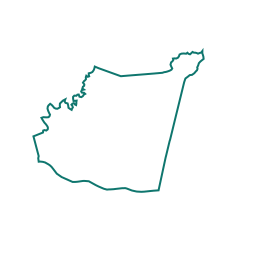 Porto da Folha, Sergipe, Brazil (orthographic projection), rotated 161°
{"feature_id": "56859067B74196291305545", "entity_name": "Porto da Folha", "entity_type": "district", "adm_level": 2, "iso_a3": "BRA", "parent_name": "Brazil", "parent_adm1": "Sergipe", "projection": "orthographic", "projection_center": [-37.424, -9.906], "detail": "fine", "context": "isolated", "style": "outline", "palette": "teal", "viewbox_px": 256, "rotation_deg": 161, "n_neighbors": 0, "source": "geoboundaries", "source_scale": "gbopen_adm2", "svg_char_len": 2429}
<svg xmlns="http://www.w3.org/2000/svg" viewBox="0 0 256 256"><g transform="rotate(161 128 128)"><path d="M193.1,93.6L187.8,92.6L186.3,92.1L182.4,90.4L177.0,84.4L174.8,82.2L170.6,78.4L167.9,76.6L166.6,76.3L164.3,75.6L161.4,74.8L159.9,74.5L153.2,73.0L150.1,72.0L148.9,71.2L144.6,67.6L140.5,65.1L136.1,63.3L133.3,62.5L126.4,60.9L124.3,60.4L119.4,59.1L102.0,87.9L101.0,89.4L96.6,96.3L92.9,102.1L92.1,103.1L84.9,114.3L77.0,126.6L75.7,128.6L60.0,153.0L57.6,156.1L56.1,156.6L54.8,157.0L52.4,157.9L50.2,157.4L47.5,158.2L45.3,159.5L44.0,160.1L43.0,161.3L42.8,162.8L41.2,164.4L39.9,166.2L38.1,167.2L36.3,167.9L34.0,168.7L33.5,170.9L33.4,172.7L33.4,174.5L32.6,176.6L34.2,175.5L35.9,175.6L37.6,175.5L38.6,176.5L40.0,177.4L41.2,177.8L42.2,178.9L43.9,178.1L45.4,177.5L46.7,178.5L47.3,179.8L48.8,179.3L51.0,180.3L53.3,180.9L55.3,180.7L56.5,179.2L57.9,178.2L59.8,178.0L61.4,178.7L62.9,179.0L63.0,177.6L64.3,176.6L65.9,176.0L67.2,174.0L67.1,172.0L66.8,169.9L67.9,169.0L69.3,168.7L70.6,168.6L72.6,168.6L74.1,168.7L75.6,169.0L77.5,169.0L85.9,171.1L94.9,173.4L110.0,177.3L117.9,179.3L126.5,186.2L136.3,194.1L139.4,196.9L140.6,195.0L141.8,193.7L143.5,192.5L145.3,192.3L147.3,192.5L147.8,191.1L147.9,189.5L149.4,189.5L150.4,191.0L151.4,189.7L151.9,187.8L153.2,187.0L154.4,186.6L155.8,185.5L155.1,183.5L155.7,182.2L157.2,181.7L158.3,180.2L157.2,178.7L159.3,178.9L160.4,177.7L160.0,176.4L158.2,175.7L157.4,174.2L159.0,173.9L160.4,172.8L162.1,172.4L163.7,173.4L163.7,175.7L165.0,176.0L166.3,175.3L168.2,176.1L169.8,175.3L170.4,173.5L170.7,171.3L169.0,170.9L167.7,170.6L168.5,169.1L168.9,167.9L169.6,166.6L170.6,167.6L171.1,169.2L172.6,169.1L173.9,168.4L173.4,167.1L173.4,165.5L174.6,164.5L175.4,163.5L176.5,164.8L177.7,166.5L177.2,168.9L177.1,170.9L178.9,172.1L179.3,173.9L178.0,175.5L180.6,175.1L184.4,173.3L185.2,171.4L185.5,169.8L187.0,169.4L188.6,169.2L190.2,170.0L191.3,171.2L191.7,172.5L192.6,174.6L193.7,176.2L195.9,175.2L196.9,174.3L197.8,172.5L197.9,170.2L197.7,168.0L197.4,166.0L198.4,164.7L199.6,164.1L200.9,164.4L202.6,165.0L204.5,165.8L206.5,165.8L206.2,164.0L205.8,162.3L205.3,160.3L204.5,158.5L204.0,157.0L203.6,155.4L203.7,154.1L204.4,152.8L206.1,152.2L207.6,153.2L209.0,153.2L209.9,151.4L220.1,150.9L221.6,130.5L222.7,128.7L223.4,125.2L221.8,124.8L219.5,123.7L217.6,122.4L215.2,119.7L214.4,118.7L213.7,117.6L212.8,115.8L210.2,108.0L206.7,103.2L197.9,95.0L195.1,94.1L193.1,93.6Z" fill="none" stroke="#0f766e" stroke-width="2"/></g></svg>